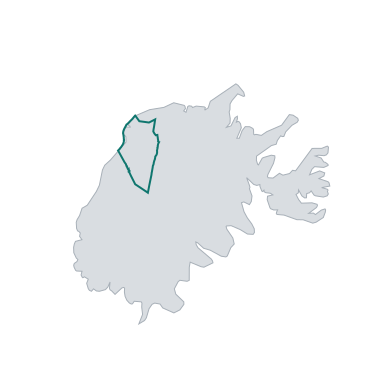 Skaftárhreppur, Suðurland, Iceland shown in context, rotated 149°
{"feature_id": "244011B24957701647142", "entity_name": "Skaftárhreppur", "entity_type": "district", "adm_level": 2, "iso_a3": "ISL", "parent_name": "Iceland", "parent_adm1": "Suðurland", "projection": "mercator", "projection_center": [-18.128, 64.02], "detail": "fine", "context": "in_parent", "style": "outline", "palette": "teal", "viewbox_px": 384, "rotation_deg": 149, "n_neighbors": 0, "source": "geoboundaries", "source_scale": "gbopen_adm2", "svg_char_len": 7051}
<svg xmlns="http://www.w3.org/2000/svg" viewBox="0 0 384 384"><g transform="rotate(149 192 192)"><path d="M281.2,116.0L284.1,116.3L288.9,114.1L295.9,107.7L298.8,106.3L305.5,106.3L297.4,112.5L294.4,119.2L292.1,122.6L292.1,124.0L297.8,128.1L300.6,126.8L301.8,127.3L302.9,129.2L303.6,133.0L303.1,137.0L301.5,141.0L299.3,144.3L299.6,145.3L301.4,145.9L310.7,143.9L311.8,148.7L312.6,150.3L312.4,151.9L308.6,157.1L313.0,153.9L316.5,152.9L322.5,154.6L324.9,156.4L326.3,159.7L329.3,158.7L330.6,160.6L330.7,162.6L329.3,168.0L325.8,170.7L327.9,174.7L329.7,174.7L330.0,175.6L329.8,178.0L327.1,180.7L331.6,183.7L332.1,184.8L331.8,188.3L331.1,190.2L329.7,191.4L326.5,191.6L324.6,192.9L325.2,195.0L324.6,200.8L322.0,205.5L319.7,208.0L317.3,209.7L310.9,207.8L311.2,211.9L308.9,214.4L309.3,216.5L310.1,217.6L309.7,220.2L306.8,225.7L304.7,227.5L300.5,229.7L294.6,234.7L288.6,234.6L273.7,241.7L267.9,245.5L257.4,257.0L253.0,259.9L245.5,261.4L222.8,268.8L220.3,273.2L220.2,274.2L221.2,275.9L219.5,279.0L216.1,281.3L214.4,281.3L211.6,279.4L211.3,280.3L212.4,282.6L201.3,286.5L186.0,284.4L172.5,279.0L161.7,277.9L154.1,270.3L153.9,269.1L154.7,266.8L157.4,265.8L156.1,263.4L151.5,267.5L150.1,267.4L148.1,265.7L148.0,264.1L144.2,263.5L137.6,258.6L137.1,257.5L138.7,255.9L138.4,255.6L134.8,255.8L129.6,260.3L98.7,262.1L97.6,259.8L96.3,250.9L97.4,247.2L98.7,247.5L102.3,252.6L110.6,249.8L114.0,247.9L117.1,243.0L118.9,241.5L121.4,235.3L123.9,231.5L129.2,229.7L124.5,228.6L116.7,233.6L114.1,233.6L115.3,231.4L118.0,229.0L116.1,228.8L115.4,227.7L115.3,225.4L116.7,221.6L125.9,215.0L123.8,213.7L117.4,218.8L112.7,220.6L108.9,218.2L107.1,215.1L107.2,213.7L109.4,209.7L109.1,208.9L107.5,208.5L103.4,204.8L96.9,205.2L80.8,203.1L68.7,208.2L65.8,205.8L63.4,200.7L63.9,198.7L66.0,197.6L72.0,197.7L80.7,195.3L84.7,192.3L86.2,193.1L87.0,194.5L92.3,192.2L95.2,189.6L100.0,190.9L118.2,189.5L120.5,186.0L121.5,181.8L121.1,181.0L114.4,184.8L112.9,184.7L105.1,182.7L102.4,180.4L103.3,178.6L107.4,174.6L117.8,168.0L119.3,166.6L119.4,165.0L115.3,162.2L107.4,163.0L105.4,159.6L98.9,157.6L94.6,158.8L92.3,156.8L66.6,167.5L58.3,162.6L52.4,161.7L51.9,160.2L55.3,155.5L57.7,154.6L60.1,155.1L64.6,158.4L67.8,159.4L63.8,154.6L63.6,149.9L62.4,148.7L61.2,145.6L61.7,144.6L66.4,145.2L73.9,150.6L77.6,149.7L82.4,146.2L71.7,144.3L68.4,140.0L70.7,137.8L76.3,138.1L70.1,130.7L69.8,129.4L70.8,126.1L78.6,129.0L74.5,124.6L74.4,123.6L75.6,122.8L76.2,120.1L78.1,119.1L82.0,120.0L88.1,125.1L89.0,126.5L89.3,131.6L91.6,130.8L94.5,131.6L96.9,128.1L98.5,128.9L99.8,132.0L99.6,138.9L101.3,136.5L104.1,136.3L104.5,130.6L104.0,126.1L94.7,120.9L91.1,117.0L91.5,115.7L93.3,114.6L103.0,113.6L98.8,111.4L97.8,109.1L90.5,109.9L86.7,109.0L86.7,107.8L88.1,106.1L92.6,102.5L101.1,102.2L104.5,103.1L111.1,111.0L116.3,114.2L125.0,124.8L130.6,128.9L130.9,129.9L130.0,131.1L127.8,132.6L131.1,134.4L133.2,137.1L133.3,138.3L131.5,146.7L129.4,149.5L124.2,147.9L125.4,150.5L129.1,153.4L130.0,155.0L129.4,156.5L131.2,156.0L131.7,156.9L130.9,161.7L130.0,163.4L133.1,164.3L135.2,166.7L137.8,176.2L139.2,168.9L139.9,166.2L141.1,165.2L142.6,157.7L146.1,153.3L149.3,151.6L152.7,156.8L155.1,157.4L157.6,148.2L157.9,141.4L157.2,133.8L157.6,128.4L159.3,125.2L161.4,124.2L166.1,127.4L170.0,134.9L175.8,143.0L179.9,145.1L180.6,144.8L181.3,142.2L180.7,131.5L182.6,125.7L187.4,124.3L194.7,119.0L196.4,118.9L200.0,121.9L206.4,132.8L211.0,137.8L213.4,145.7L214.5,147.2L215.5,144.7L215.6,141.2L210.0,124.6L209.9,122.4L210.5,120.5L220.5,121.4L222.7,123.3L229.7,132.8L233.1,128.9L239.9,117.7L242.2,118.0L247.9,122.6L250.2,122.2L257.0,118.1L258.5,112.8L255.6,102.1L256.8,99.9L263.1,97.2L269.8,97.7L276.8,107.7L277.1,112.4L281.2,116.0Z" fill="#d9dde1" stroke="#a8b0b8" stroke-width="1"/><path d="M230.2,214.1L225.0,219.9L218.1,227.4L217.2,228.5L216.8,229.1L216.1,229.8L215.5,230.5L213.5,232.8L212.9,233.5L212.6,233.9L212.3,234.3L211.7,234.9L211.4,235.0L211.0,235.3L210.8,235.5L210.5,235.8L210.2,236.1L209.9,236.6L209.1,237.4L208.9,237.5L208.5,238.0L208.1,238.3L207.9,238.5L207.3,238.9L207.0,239.2L206.8,239.3L206.7,239.4L206.6,239.5L206.5,239.8L206.3,239.9L205.9,240.4L205.8,240.5L205.7,240.7L205.5,240.9L205.4,241.1L205.2,241.3L204.7,241.5L204.4,241.7L204.2,241.8L203.9,241.8L203.7,241.9L203.4,242.1L202.8,242.5L202.3,243.0L202.0,243.4L201.8,243.5L201.7,243.7L201.6,243.8L201.0,244.8L200.9,245.0L200.8,245.4L200.7,245.5L200.4,245.8L200.2,246.0L199.8,246.5L199.5,246.8L199.2,247.1L199.1,247.3L198.9,247.4L198.8,247.6L198.7,247.8L198.7,248.0L198.4,248.2L198.1,248.3L198.0,248.5L197.9,248.6L197.8,248.8L197.7,249.0L197.5,249.3L197.4,249.5L197.2,249.6L197.0,249.8L196.9,250.0L196.3,250.6L195.9,250.9L195.0,251.5L194.9,251.6L194.7,251.7L194.8,251.8L195.0,251.9L195.0,252.0L194.9,252.3L194.8,252.5L194.9,252.8L194.7,252.9L194.7,253.0L194.6,253.3L193.8,255.3L193.5,255.9L192.5,258.4L192.3,258.8L192.5,258.9L193.8,259.3L194.1,261.4L194.0,263.8L192.6,265.6L191.7,266.6L190.5,268.0L186.2,273.2L193.1,273.7L196.8,276.7L200.7,279.8L200.8,281.1L201.3,286.8L201.5,286.8L201.8,286.7L202.0,286.6L202.5,286.4L202.9,286.3L203.5,286.1L203.9,285.9L204.5,285.7L204.9,285.6L205.4,285.3L205.7,285.3L206.4,285.1L207.1,284.9L207.3,284.9L207.8,284.8L208.9,284.5L209.0,284.5L209.3,284.4L209.9,284.2L210.4,284.1L211.5,283.8L212.0,283.7L212.4,283.6L212.7,283.6L212.8,283.5L213.3,283.4L213.5,283.5L213.7,283.4L213.9,283.2L214.3,283.0L214.4,282.9L214.5,282.8L214.6,282.7L214.8,282.7L215.0,282.5L215.3,282.3L215.6,282.2L215.8,282.1L216.0,282.0L216.5,281.7L216.8,281.5L217.3,281.2L217.6,281.0L218.1,280.7L218.3,280.5L218.5,280.3L218.7,280.2L218.8,280.1L219.3,279.7L219.6,279.4L220.4,278.5L220.7,278.0L220.8,277.8L220.9,277.6L221.0,277.5L221.0,277.4L221.1,277.1L221.2,276.8L221.3,276.5L221.4,276.3L221.4,276.2L221.5,276.1L221.6,275.6L221.7,275.3L221.8,275.2L222.0,274.9L222.1,274.7L222.1,274.4L222.3,274.2L222.5,273.6L222.7,273.4L222.8,273.2L222.9,272.9L223.0,272.8L223.0,272.7L223.3,272.2L223.4,271.9L223.5,271.8L223.4,271.7L223.5,271.5L223.7,271.4L223.8,271.3L224.0,270.9L224.2,270.7L224.4,270.4L224.8,270.0L225.0,269.8L225.2,269.6L225.3,269.4L225.8,269.2L226.0,268.9L226.3,268.7L226.5,268.6L226.8,268.4L227.3,268.1L227.6,268.0L227.8,267.9L228.0,267.8L228.2,267.7L228.6,267.5L229.3,267.2L229.8,266.9L230.0,266.9L230.6,266.7L230.8,266.7L231.0,266.5L231.3,266.4L231.5,266.3L232.0,266.1L232.4,266.1L232.5,266.0L232.8,265.9L233.0,265.9L233.3,265.8L233.8,265.6L234.0,265.6L234.5,252.1L234.3,249.8L234.4,249.6L234.4,249.4L234.5,249.1L234.6,248.9L234.6,248.7L234.7,248.4L234.6,248.2L234.7,247.9L234.8,247.6L234.7,247.5L234.8,247.4L234.7,247.2L234.7,246.9L234.7,246.7L234.8,246.6L234.8,246.4L234.9,246.2L234.8,245.9L234.9,245.7L235.0,245.4L234.9,245.3L234.9,245.2L235.0,245.1L235.0,244.9L235.1,244.7L235.1,244.4L235.1,244.2L234.9,244.2L235.0,244.1L235.0,243.9L235.1,243.7L235.0,243.4L235.0,243.2L234.9,243.2L234.8,242.9L234.7,242.9L234.7,242.7L234.8,242.6L234.7,242.4L234.8,242.3L234.8,242.2L235.0,242.1L235.0,241.9L235.3,241.7L235.5,241.8L235.7,241.7L235.8,241.7L235.7,241.4L235.6,241.2L236.0,237.4L236.7,227.9L233.5,221.2L230.2,214.1Z" fill="none" stroke="#0f766e" stroke-width="2"/></g></svg>